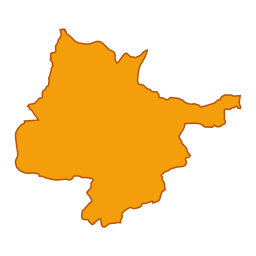 SVG path tracing the border of Hirat
{"feature_id": "AFG-1742", "entity_name": "Hirat", "entity_type": "Province", "adm_level": 1, "iso_a3": "AFG", "parent_name": "Afghanistan", "parent_adm1": "", "projection": "natural_earth1", "projection_center": [62.522, 34.206], "detail": "fine", "context": "isolated", "style": "filled", "palette": "amber", "viewbox_px": 256, "rotation_deg": 0, "n_neighbors": 0, "source": "natural_earth", "source_scale": "10m", "svg_char_len": 5756}
<svg xmlns="http://www.w3.org/2000/svg" viewBox="0 0 256 256"><path d="M134.9,57.6L135.8,57.4L139.9,55.6L140.7,55.1L141.5,54.3L142.2,53.4L143.6,51.8L147.2,50.1L147.2,50.7L145.0,57.1L140.3,65.1L139.7,66.4L138.7,69.9L138.3,72.4L137.6,80.2L137.7,81.7L138.3,83.5L138.7,83.9L141.2,84.9L142.8,84.9L143.1,85.0L143.6,85.3L145.5,87.3L147.0,88.4L148.0,89.0L149.6,89.4L150.0,89.6L151.5,91.0L152.2,91.5L153.4,91.9L155.5,91.9L156.6,91.8L156.9,91.8L157.1,92.1L157.9,93.5L158.6,94.3L159.0,95.3L158.9,97.2L159.1,97.5L159.9,97.5L163.4,98.2L166.9,99.9L167.8,99.7L169.8,97.9L170.3,97.6L170.9,97.5L177.4,98.2L181.5,99.7L183.4,100.8L184.2,101.6L184.8,102.1L187.1,103.3L188.1,103.7L191.4,104.2L192.0,104.3L192.9,104.0L193.8,103.6L198.1,104.9L199.7,105.8L200.9,106.8L201.4,106.9L202.5,106.8L214.1,103.2L217.9,100.1L218.5,99.9L219.8,99.8L220.4,99.4L220.6,99.0L220.9,97.8L221.3,97.3L221.9,96.7L223.3,95.7L224.8,95.0L225.3,95.0L230.8,95.1L232.1,95.4L233.6,96.1L234.0,96.1L240.2,95.7L239.3,101.6L239.3,103.4L239.6,104.5L240.5,106.6L240.6,107.5L240.6,108.1L240.4,108.4L240.0,108.5L239.2,108.3L238.2,108.3L238.0,108.1L237.7,107.9L237.5,107.4L236.9,106.4L236.3,106.2L234.7,107.2L233.7,107.7L232.5,107.8L231.9,108.0L231.5,108.3L231.1,108.7L230.5,109.1L229.7,109.3L229.0,109.4L227.8,109.3L226.3,109.0L225.8,109.1L225.0,109.4L224.6,109.7L224.4,110.0L224.3,110.9L224.3,111.5L224.5,113.5L224.3,115.2L224.6,116.9L224.5,117.4L224.1,118.7L224.2,119.1L225.1,120.4L225.3,120.9L225.4,121.5L225.3,122.3L224.9,123.4L224.5,123.9L224.1,124.2L223.4,124.3L222.8,124.5L222.0,125.0L221.2,125.9L220.2,126.6L219.8,126.7L218.4,126.6L217.4,126.8L217.0,126.7L216.6,126.6L213.9,125.2L213.8,125.3L213.4,126.0L213.0,126.7L212.2,127.2L205.1,127.0L204.2,126.7L203.2,125.7L202.4,125.1L201.5,124.6L199.8,123.9L199.0,123.6L194.2,123.2L185.0,123.6L184.1,127.6L182.5,130.6L179.3,135.7L179.0,136.5L179.1,137.2L181.4,141.1L181.7,141.8L182.1,143.5L182.4,144.0L184.6,146.0L185.7,147.3L186.4,148.4L186.8,149.3L187.6,152.2L187.9,152.7L189.5,154.4L190.1,155.4L190.1,156.0L189.8,156.5L189.3,156.9L188.1,157.5L186.4,157.8L185.9,158.2L185.7,158.5L185.5,158.9L185.5,159.3L186.3,162.0L186.4,163.1L185.5,165.0L184.2,165.9L182.7,166.5L177.2,167.0L170.9,168.8L170.0,169.2L169.5,169.9L168.5,170.5L167.8,170.9L166.8,171.1L164.5,172.2L162.3,173.9L161.5,174.8L161.3,175.1L161.3,175.8L161.4,176.0L162.2,176.8L162.4,177.2L162.5,177.8L162.5,178.2L162.2,179.1L162.4,179.8L162.8,180.6L163.9,182.2L164.3,183.2L164.6,184.4L164.6,185.7L164.9,188.3L165.2,189.6L164.2,190.4L163.0,191.0L162.5,191.3L162.0,192.2L161.4,193.6L160.4,196.4L160.1,197.6L159.9,198.5L159.9,198.8L159.6,199.5L158.1,201.1L153.2,203.0L152.8,202.9L152.7,202.7L152.6,202.3L152.8,201.4L152.6,201.3L151.2,201.5L146.5,203.2L145.7,203.4L144.9,203.5L142.7,203.4L142.4,203.5L142.0,203.8L141.7,204.5L141.3,205.7L141.0,206.2L140.4,206.7L139.5,207.2L137.2,208.0L134.3,208.6L133.8,208.6L133.1,208.5L131.6,207.6L131.0,207.5L130.2,207.5L129.5,207.8L127.2,209.0L125.5,210.1L124.1,211.4L123.2,212.0L122.8,212.3L122.4,212.9L122.1,214.0L122.0,214.8L122.1,215.4L122.2,216.1L122.2,216.8L122.1,217.3L120.5,220.9L120.5,221.3L120.7,222.6L120.1,222.8L119.0,222.6L117.7,222.6L115.5,223.0L110.9,223.5L109.2,223.9L108.3,224.2L107.9,224.6L106.2,226.2L104.9,226.9L104.1,226.9L102.9,226.8L102.5,226.6L102.3,226.3L101.9,225.4L101.4,224.3L101.3,223.0L101.0,221.9L100.9,221.1L100.8,219.2L100.4,218.9L99.6,218.9L98.7,219.3L95.8,221.5L93.7,223.9L92.9,224.5L92.5,224.5L92.0,224.4L91.2,223.8L89.1,221.6L88.5,220.5L88.2,220.0L87.8,219.8L87.2,219.6L83.8,219.5L83.2,219.3L82.6,219.0L82.2,218.7L81.8,217.9L81.7,216.8L81.8,214.3L82.1,212.0L82.4,211.0L82.7,210.6L83.0,210.2L84.6,209.2L84.8,208.9L85.3,207.7L85.6,207.4L86.3,206.8L88.2,204.8L89.2,203.4L91.3,201.7L91.9,201.0L91.9,200.2L89.4,196.0L87.2,193.5L86.9,192.9L86.9,192.3L87.1,192.0L87.9,191.2L88.3,190.5L89.4,189.5L90.5,188.4L90.8,188.0L91.0,187.0L91.1,183.4L91.2,183.0L91.4,182.6L92.3,181.8L92.5,181.4L92.7,180.9L92.8,180.3L92.8,179.6L92.7,179.2L92.1,178.7L88.4,177.8L84.2,177.5L82.4,177.6L81.4,177.5L80.6,176.6L78.0,176.0L75.4,175.9L74.1,176.2L73.5,176.5L73.1,177.0L72.5,178.4L72.0,178.9L71.3,179.3L69.8,179.8L69.0,179.9L68.4,179.9L67.2,179.3L66.6,179.2L65.5,179.2L57.4,180.0L53.5,179.7L46.1,178.0L42.9,176.5L39.7,176.2L39.8,176.1L39.3,175.1L38.4,174.2L37.5,173.7L35.6,173.2L33.4,173.0L29.3,173.2L24.8,172.9L20.3,170.9L16.7,167.4L15.4,162.4L15.8,160.1L17.6,156.0L17.7,153.3L16.2,142.7L15.5,135.7L15.9,132.6L17.5,129.4L19.3,127.0L21.2,124.9L23.9,123.5L24.8,122.5L24.4,121.0L38.3,120.1L37.7,118.8L33.6,113.3L32.7,111.5L32.1,110.7L31.5,110.1L30.1,109.4L29.6,108.9L29.1,107.3L28.8,106.8L28.3,106.5L27.7,106.4L28.5,105.0L29.9,104.2L33.0,103.8L34.4,103.4L35.5,102.6L38.1,99.7L38.4,99.1L38.7,98.7L39.5,98.2L40.3,98.1L41.0,98.1L41.7,98.0L42.3,97.2L42.5,95.5L42.3,93.7L42.4,92.1L43.4,90.9L45.2,89.4L46.3,87.4L46.6,86.3L48.4,85.7L48.8,83.4L49.1,81.0L48.7,78.4L48.9,77.5L49.7,76.2L49.9,75.5L50.1,74.2L50.9,71.6L51.3,68.7L51.7,67.7L53.0,65.8L52.4,65.1L52.4,64.6L52.6,63.1L50.5,60.1L50.2,59.4L50.5,59.1L51.1,58.8L51.1,58.2L50.9,57.5L50.5,57.2L50.6,55.0L50.9,53.5L51.7,52.9L52.9,52.8L54.2,52.6L55.3,52.0L55.8,50.8L55.5,47.2L55.8,45.8L56.1,45.0L57.3,43.4L57.6,42.7L58.1,40.5L58.7,39.2L60.1,37.6L60.8,36.2L61.2,34.8L61.0,33.4L60.5,30.6L60.0,29.9L60.8,29.6L63.8,29.1L64.2,29.1L64.6,29.3L65.2,29.7L64.6,30.7L65.3,31.3L65.5,31.3L66.4,32.1L66.4,32.4L66.2,33.2L66.2,33.5L67.0,34.4L67.4,34.7L68.0,34.8L68.9,35.2L72.5,38.5L75.1,41.4L78.8,43.0L86.4,44.1L89.7,43.9L96.5,41.5L99.7,41.5L101.4,42.4L102.9,43.4L108.6,49.1L110.2,50.2L113.3,51.6L114.1,52.5L114.7,53.5L115.1,54.8L115.1,56.0L115.0,58.8L115.4,59.9L116.4,62.4L117.0,63.1L117.9,62.6L123.4,55.1L125.2,53.4L126.7,53.3L130.4,56.7L131.0,57.1L132.7,56.8L134.4,57.5L134.9,57.6Z" fill="#f59e0b" stroke="#b45309" stroke-width="1.5"/></svg>